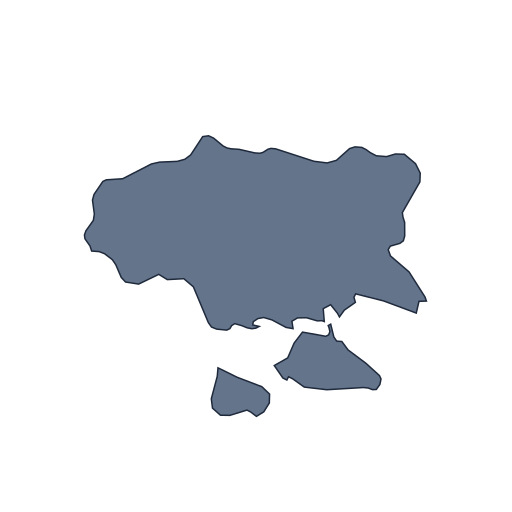 map outline of Carbonia-Iglesias (Mercator projection), rotated 297°
{"feature_id": "ITA-5371", "entity_name": "Carbonia-Iglesias", "entity_type": "Province", "adm_level": 1, "iso_a3": "ITA", "parent_name": "Italy", "parent_adm1": "", "projection": "mercator", "projection_center": [8.512, 39.219], "detail": "fine", "context": "isolated", "style": "filled", "palette": "slate", "viewbox_px": 512, "rotation_deg": 297, "n_neighbors": 0, "source": "natural_earth", "source_scale": "10m", "svg_char_len": 1975}
<svg xmlns="http://www.w3.org/2000/svg" viewBox="0 0 512 512"><g transform="rotate(297 256 256)"><path d="M293.2,428.3L289.6,421.8L277.9,424.7L273.9,390.1L267.5,362.0L263.7,362.0L259.8,365.6L247.9,359.3L239.6,358.0L241.9,354.7L246.5,344.6L239.6,339.8L228.6,346.6L228.3,344.1L226.0,340.0L223.9,329.0L219.7,321.1L214.2,317.6L208.1,322.0L206.0,315.2L206.3,299.2L204.7,290.8L201.1,286.1L196.3,283.4L193.1,284.4L194.7,290.8L191.6,288.6L189.3,285.3L188.0,280.7L187.5,275.0L186.1,267.8L183.0,265.9L179.4,265.7L176.7,263.6L173.0,254.2L172.5,248.6L175.0,243.8L200.1,214.2L203.0,202.0L194.7,187.7L195.5,177.7L177.7,164.2L173.6,151.6L175.7,145.7L184.6,135.0L187.5,129.7L189.3,120.0L188.7,114.3L185.8,107.3L189.6,103.5L193.7,95.8L196.8,93.6L201.2,93.0L213.9,94.9L220.0,92.9L231.6,84.9L237.4,83.7L252.9,85.7L255.9,88.0L264.3,102.1L290.5,121.0L295.9,127.5L304.6,142.9L309.9,148.7L316.4,151.9L338.2,154.3L341.6,159.2L341.8,164.7L339.1,176.6L339.1,181.1L340.2,185.1L343.4,192.6L347.3,208.1L349.3,212.8L351.5,215.2L356.6,218.2L358.7,220.5L360.4,224.8L366.7,264.6L371.2,277.1L377.7,284.2L394.2,290.6L398.2,294.7L400.8,301.0L400.8,305.8L400.0,310.8L399.9,317.7L403.9,327.3L410.2,333.9L414.0,342.0L410.7,356.2L404.4,364.7L396.4,368.4L361.1,366.7L357.4,369.3L353.4,373.2L341.4,379.4L336.4,380.4L332.6,378.5L325.8,371.2L321.7,370.9L317.1,375.8L311.3,399.6L296.2,425.2L293.2,428.3ZM215.1,351.1L216.1,354.6L218.7,356.5L222.1,356.2L225.4,353.5L225.9,352.9L226.8,351.9L229.2,353.5L219.2,362.1L216.8,366.5L218.8,371.3L214.1,380.7L210.3,402.7L205.5,420.3L203.2,423.2L197.8,424.7L191.7,423.8L189.8,420.5L189.3,415.9L187.5,411.3L169.0,379.8L161.1,358.5L163.2,344.6L163.2,339.8L159.5,339.8L159.5,335.3L166.7,322.0L179.6,330.5L195.7,329.5L209.3,332.0L215.1,351.1ZM139.1,272.9L139.4,294.2L142.2,320.6L139.1,330.8L131.1,334.6L120.7,333.7L113.3,329.2L114.6,322.0L114.6,317.9L102.1,305.0L98.0,296.6L100.7,286.3L108.5,281.0L131.2,276.1L139.1,272.9Z" fill="#64748b" stroke="#1e293b" stroke-width="1.5"/></g></svg>